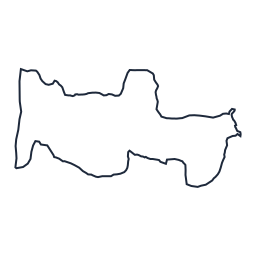 the district of Ofu, Kogi, Nigeria
{"feature_id": "59680162B1935816053049", "entity_name": "Ofu", "entity_type": "district", "adm_level": 2, "iso_a3": "NGA", "parent_name": "Nigeria", "parent_adm1": "Kogi", "projection": "natural_earth1", "projection_center": [7.061, 7.325], "detail": "fine", "context": "isolated", "style": "outline", "palette": "slate", "viewbox_px": 256, "rotation_deg": 0, "n_neighbors": 0, "source": "geoboundaries", "source_scale": "gbopen_adm2", "svg_char_len": 2678}
<svg xmlns="http://www.w3.org/2000/svg" viewBox="0 0 256 256"><path d="M20.9,69.1L19.5,81.1L19.7,99.7L19.8,101.9L21.2,111.7L19.5,119.2L18.3,129.8L16.2,139.3L15.6,146.1L16.2,152.9L16.5,158.3L15.4,167.3L16.4,168.2L23.1,167.0L27.8,163.6L30.5,158.9L31.4,151.8L33.1,145.5L35.4,141.1L38.0,141.5L39.2,141.7L40.9,144.5L47.3,145.4L53.5,155.1L54.2,157.1L55.9,157.4L59.2,158.7L61.3,160.2L62.9,161.3L64.6,161.2L70.8,163.3L74.5,165.1L79.2,167.7L82.9,171.1L86.2,173.0L88.1,174.4L91.4,174.6L92.4,175.2L95.2,176.4L95.4,176.5L95.9,176.7L98.0,177.1L102.3,176.2L105.5,176.2L108.8,176.2L111.0,176.2L113.6,174.6L117.1,174.3L120.4,173.7L124.3,172.1L126.1,170.2L127.3,167.9L127.8,165.4L128.2,161.0L128.7,159.0L127.9,156.4L128.2,152.1L129.0,151.2L129.5,150.7L130.5,151.4L134.8,154.8L137.1,154.6L138.6,155.0L141.2,156.4L142.1,156.4L143.4,156.7L144.7,157.4L145.8,156.9L147.5,158.0L149.8,158.8L150.4,159.0L152.8,159.0L154.0,159.2L156.5,159.6L157.8,159.8L159.1,160.1L160.4,161.8L165.9,163.8L167.0,159.6L170.9,159.3L174.6,159.0L178.7,159.9L181.4,161.0L182.4,161.3L183.2,162.6L184.7,164.1L185.4,165.0L185.6,170.1L185.5,175.0L186.7,184.2L191.4,186.0L197.7,186.9L201.1,185.7L205.8,184.7L212.2,180.5L213.8,178.3L215.5,176.9L217.8,174.3L219.4,171.6L220.7,167.7L222.0,162.9L222.1,162.6L223.3,159.7L224.6,157.0L224.2,154.5L224.7,152.9L224.8,152.4L225.1,150.1L226.3,147.2L227.1,145.3L226.5,140.8L227.5,138.2L232.6,136.0L235.6,135.7L237.5,134.0L240.4,136.1L240.6,134.8L240.6,133.8L240.3,132.2L237.2,130.9L235.9,128.0L235.3,127.1L235.0,125.7L236.2,125.1L235.4,122.7L234.1,120.5L233.1,119.6L232.8,118.6L232.1,117.1L231.6,114.9L231.9,113.7L233.4,112.2L234.5,110.8L234.7,110.2L234.7,109.5L232.0,108.9L229.5,111.6L228.9,114.0L226.2,113.5L223.0,113.8L220.0,115.7L213.1,117.6L205.2,116.3L199.6,115.6L194.3,115.2L189.3,115.4L182.2,118.1L180.7,118.2L176.9,118.6L171.5,118.5L169.1,118.3L166.6,118.2L161.4,116.6L160.2,114.4L159.1,113.0L158.0,111.5L156.5,109.2L157.8,101.8L157.3,99.8L156.7,98.5L156.4,96.4L156.0,94.9L155.6,92.1L156.1,90.3L157.2,88.4L158.1,86.1L157.5,84.6L156.0,82.6L154.2,79.7L153.8,75.2L152.8,73.5L147.2,70.2L140.4,70.1L134.2,70.2L129.7,70.0L127.6,72.9L125.1,79.8L123.7,83.4L123.2,88.2L120.8,93.8L118.8,95.6L118.3,95.6L115.1,95.8L111.9,94.4L108.7,94.0L106.4,95.2L103.7,95.4L102.2,94.5L99.4,93.0L95.9,92.6L92.3,92.7L89.7,93.0L88.1,93.2L86.6,93.9L84.9,94.3L82.9,94.5L80.3,94.6L78.5,94.7L77.1,94.2L75.9,94.4L75.3,94.4L74.6,95.4L72.8,96.1L70.7,95.6L70.4,95.4L68.4,95.4L65.1,94.9L63.9,91.9L62.3,87.3L60.9,85.7L59.1,84.4L57.7,82.3L56.2,81.1L54.6,80.7L52.8,83.7L48.7,84.8L45.6,84.1L42.3,81.1L40.6,78.6L39.4,75.0L37.2,71.7L35.9,70.6L31.0,70.3L27.3,71.3L20.9,69.1Z" fill="none" stroke="#1e293b" stroke-width="2"/></svg>